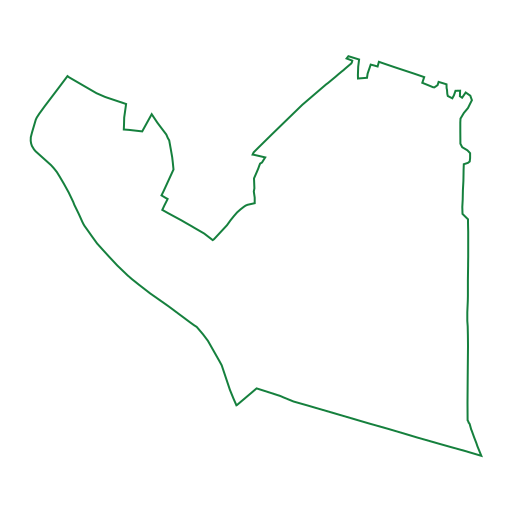 outline of Dong Da, Ha Noi, Vietnam
{"feature_id": "81297802B63935781650096", "entity_name": "Dong Da", "entity_type": "district", "adm_level": 2, "iso_a3": "VNM", "parent_name": "Vietnam", "parent_adm1": "Ha Noi", "projection": "robinson", "projection_center": [105.824, 21.015], "detail": "fine", "context": "isolated", "style": "outline", "palette": "green", "viewbox_px": 512, "rotation_deg": 0, "n_neighbors": 0, "source": "geoboundaries", "source_scale": "gbopen_adm2", "svg_char_len": 3241}
<svg xmlns="http://www.w3.org/2000/svg" viewBox="0 0 512 512"><path d="M67.5,76.1L58.4,88.2L44.8,106.1L39.2,113.8L36.8,117.5L35.8,119.6L32.0,132.5L30.8,137.2L30.7,140.8L31.1,143.4L31.9,145.9L34.0,149.4L35.6,151.3L51.0,165.1L53.8,168.2L56.9,172.1L59.6,176.5L63.9,183.8L68.7,192.5L73.2,201.9L74.4,205.0L74.9,206.0L77.4,211.1L78.8,214.0L80.3,217.3L82.3,221.8L82.9,223.0L83.5,224.2L84.5,225.9L87.1,229.5L91.9,236.3L97.1,243.5L102.7,249.7L108.9,256.5L117.3,265.5L127.6,275.4L132.0,279.2L138.9,284.7L150.0,293.3L168.4,306.2L190.0,322.3L194.3,325.4L195.3,326.0L196.7,326.9L203.0,334.3L207.9,340.8L211.3,346.8L219.8,361.8L221.7,365.3L229.9,389.8L233.4,398.4L235.9,404.1L236.4,405.3L237.0,405.0L256.6,388.4L264.5,390.9L280.3,396.0L282.4,396.9L283.0,397.2L293.5,401.5L308.0,405.6L315.8,407.9L337.1,414.1L369.8,423.7L388.3,428.9L413.5,436.4L414.2,436.6L416.8,437.4L439.6,443.9L451.7,447.3L466.9,451.5L467.4,451.7L468.1,451.9L475.2,454.0L479.2,455.2L481.3,455.8L477.4,446.2L476.4,443.2L474.0,437.0L471.7,430.6L471.2,429.5L469.7,424.1L469.5,423.7L469.2,423.2L468.7,422.8L468.6,422.5L468.5,422.2L468.4,421.8L468.3,421.4L467.6,420.3L467.5,403.0L467.7,376.7L467.8,366.0L468.0,346.2L467.9,335.7L467.7,326.3L467.3,320.9L467.3,312.3L467.8,300.7L467.9,296.0L467.9,279.9L468.1,265.9L468.1,263.9L468.2,256.7L468.2,254.3L468.2,248.5L468.2,244.5L468.2,236.1L468.2,231.7L468.1,227.8L468.0,222.7L468.0,219.3L462.5,213.9L462.3,206.9L462.7,199.8L462.9,190.3L463.4,181.0L463.5,175.6L463.6,169.5L463.8,164.2L467.9,162.9L469.7,161.5L470.1,158.2L470.1,153.2L469.6,152.6L467.4,150.3L462.2,147.2L460.4,143.7L460.3,131.6L460.3,122.4L460.5,118.6L463.9,112.9L468.0,108.0L470.1,103.7L471.9,100.2L470.3,95.7L465.7,92.5L462.1,97.7L459.9,96.2L460.1,90.7L455.5,90.8L453.9,95.4L452.3,98.3L447.8,96.0L447.3,93.9L447.0,89.9L446.6,88.1L446.5,84.3L438.6,81.9L437.6,85.1L436.1,86.2L434.3,87.4L433.0,87.2L432.5,87.0L429.7,85.8L422.3,82.8L424.2,77.1L414.6,73.8L394.6,67.2L381.7,62.8L379.8,62.1L378.9,61.8L377.6,66.5L374.2,65.5L370.7,64.6L367.6,73.7L367.0,77.8L358.0,78.5L357.9,75.1L358.2,66.7L359.1,59.5L348.4,56.2L346.6,58.5L350.4,59.9L352.3,60.7L351.9,62.3L351.3,63.4L351.1,63.6L349.8,64.7L347.9,66.3L345.9,68.0L344.4,69.3L343.9,69.8L343.4,70.2L342.4,71.0L342.1,71.2L341.0,72.1L340.2,72.8L339.2,73.6L338.6,74.1L335.5,76.8L327.9,83.1L326.1,84.4L303.7,103.6L302.4,104.7L271.6,134.6L258.4,147.6L253.7,152.3L252.9,153.9L252.6,154.6L253.5,154.7L260.9,156.4L264.3,157.2L264.8,157.3L265.2,157.4L263.6,159.9L262.0,162.5L260.1,163.6L259.3,165.6L258.2,168.7L257.0,171.5L255.4,175.2L254.0,178.4L254.3,186.0L254.4,188.3L253.8,191.5L254.7,197.7L254.7,203.2L247.5,204.8L245.6,205.6L243.7,206.9L240.6,209.3L237.1,212.4L233.8,216.2L230.5,220.3L227.0,225.2L214.0,239.2L212.7,240.1L204.4,233.7L203.8,233.3L203.1,232.9L194.1,227.7L191.6,226.2L185.8,222.9L182.7,221.1L181.5,220.4L172.8,215.7L168.0,213.1L162.3,209.9L164.4,205.4L167.4,199.5L167.6,198.9L165.8,198.0L163.7,196.7L161.5,195.4L163.7,190.9L173.5,169.5L172.8,162.5L172.2,157.3L170.9,149.8L169.2,140.4L167.8,138.0L166.3,134.5L160.9,127.4L157.3,122.6L151.7,114.2L142.2,131.4L129.1,129.9L123.8,129.5L124.0,125.0L124.2,117.5L126.1,104.0L107.3,97.7L105.0,96.9L96.5,93.2L75.8,81.2L68.9,77.2L67.5,76.1Z" fill="none" stroke="#15803d" stroke-width="2"/></svg>